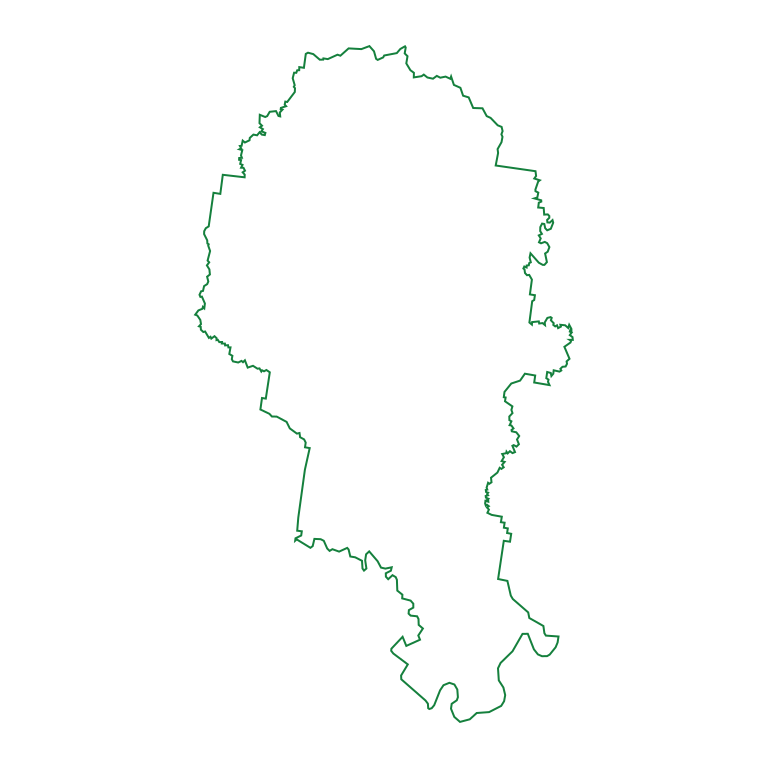 Lismore, New South Wales, Australia
{"feature_id": "25037944B52457612567816", "entity_name": "Lismore", "entity_type": "district", "adm_level": 2, "iso_a3": "AUS", "parent_name": "Australia", "parent_adm1": "New South Wales", "projection": "natural_earth1", "projection_center": [153.257, -28.794], "detail": "fine", "context": "isolated", "style": "outline", "palette": "green", "viewbox_px": 768, "rotation_deg": 0, "n_neighbors": 0, "source": "geoboundaries", "source_scale": "gbopen_adm2", "svg_char_len": 6076}
<svg xmlns="http://www.w3.org/2000/svg" viewBox="0 0 768 768"><path d="M572.5,337.1L569.8,335.1L571.7,332.5L569.8,331.6L570.4,329.7L571.4,330.7L571.4,328.9L569.2,324.8L568.2,328.0L565.2,325.3L560.4,324.8L560.9,326.6L558.1,328.1L557.0,325.3L555.2,326.4L553.3,324.9L553.7,323.2L550.9,320.3L551.7,317.9L550.6,317.1L547.4,317.9L544.7,322.5L545.0,325.1L542.5,323.1L539.2,323.5L538.8,321.4L532.1,322.1L531.9,324.6L529.4,322.5L532.2,301.2L534.2,300.0L534.9,295.2L529.9,294.4L531.9,279.6L529.2,274.9L527.0,275.2L525.0,273.0L524.5,269.4L523.4,268.5L524.3,266.5L526.6,267.5L526.7,265.5L528.8,265.3L529.2,263.1L530.8,262.3L529.6,257.6L530.5,253.3L538.8,262.7L542.8,264.9L544.4,264.9L546.9,262.1L545.1,253.5L547.7,251.7L549.4,247.1L547.2,243.2L544.8,241.9L541.0,243.3L539.0,242.3L540.7,238.4L538.8,235.4L541.9,233.9L540.2,231.1L540.3,227.1L542.1,223.6L544.3,224.0L545.2,228.2L547.2,230.3L550.8,228.8L553.2,222.7L552.5,220.1L549.8,222.6L547.4,222.4L547.1,220.0L549.3,217.8L549.3,216.0L547.8,214.4L544.2,214.6L543.7,208.0L538.2,207.5L538.8,202.7L541.3,201.6L541.2,200.3L534.4,198.4L537.3,197.5L538.3,192.6L535.5,191.2L535.4,189.6L538.2,181.5L539.8,180.3L534.3,178.5L536.1,176.0L535.5,171.2L495.7,165.5L498.1,153.0L497.6,149.1L501.5,142.2L502.5,136.8L501.4,134.3L502.6,131.1L501.6,126.9L497.7,125.3L490.6,117.9L486.7,116.1L482.5,108.3L473.2,108.0L468.7,97.4L463.1,95.7L460.4,87.8L453.9,84.9L451.1,76.5L450.3,78.8L445.6,76.6L440.3,77.7L436.8,75.9L433.0,78.7L427.4,77.5L423.8,74.6L421.6,76.2L413.8,77.4L413.9,72.8L410.4,70.2L406.3,63.4L407.5,56.2L404.7,53.4L405.7,47.5L405.0,46.3L400.3,49.0L396.8,53.1L384.2,55.5L383.2,57.4L377.7,59.9L376.1,58.8L374.0,51.3L369.4,46.1L361.4,49.1L348.6,48.4L340.4,55.7L337.5,54.7L327.8,59.1L323.4,58.4L323.2,59.6L319.8,59.7L313.3,54.1L308.0,52.7L305.8,53.9L303.9,67.8L299.3,67.1L299.2,70.2L297.2,70.3L296.3,72.8L294.1,72.7L292.7,78.2L294.7,85.2L293.8,86.8L295.0,88.2L294.8,92.0L287.2,102.0L285.3,101.6L284.7,104.6L286.1,106.2L280.9,107.9L280.7,109.3L282.4,109.7L279.8,112.5L280.2,116.4L278.5,116.0L276.0,111.1L269.7,111.8L267.2,116.1L265.2,117.0L259.8,114.8L259.5,123.2L262.0,125.7L259.9,127.3L262.9,129.1L261.4,131.3L265.4,132.9L264.8,135.1L261.8,134.6L259.6,132.2L257.1,135.3L253.4,134.6L249.8,137.9L249.5,140.3L244.9,142.5L242.7,140.6L241.6,145.8L239.9,146.0L241.2,148.4L239.4,149.3L242.3,150.1L241.0,155.4L241.9,157.8L239.2,158.0L239.1,159.8L241.1,160.1L240.2,163.9L242.5,164.9L241.1,167.7L243.5,167.8L245.0,170.7L242.7,172.3L244.7,174.6L244.6,177.3L222.8,174.8L220.3,193.9L213.5,192.8L208.7,226.4L205.8,228.2L204.2,231.2L204.1,234.1L207.2,240.3L207.4,243.5L208.7,244.3L208.2,245.6L210.1,251.0L207.6,260.6L209.2,262.3L206.9,265.4L209.4,269.4L209.9,274.5L207.1,276.7L208.3,281.5L207.2,284.1L204.1,286.1L203.0,290.9L201.1,291.3L199.5,294.8L200.4,296.9L201.9,296.6L204.9,303.5L204.3,308.3L202.9,306.9L202.4,308.8L198.4,310.4L195.2,314.7L197.3,315.5L200.3,319.9L201.0,324.1L199.0,326.3L200.7,326.8L200.9,329.7L203.3,332.0L205.1,331.5L208.9,337.9L210.5,336.8L211.3,338.6L214.5,336.2L216.6,338.2L216.5,340.1L217.8,339.8L219.3,342.1L222.0,342.0L221.8,343.5L224.9,343.6L225.1,345.4L228.0,345.2L228.4,347.4L230.5,347.4L229.3,354.0L232.4,355.8L231.8,359.2L233.0,361.4L238.2,362.5L241.5,360.9L243.0,362.2L244.9,360.3L247.7,367.6L253.0,365.8L257.5,368.7L259.5,368.4L261.3,371.5L262.1,370.3L264.0,371.3L266.4,370.0L269.8,372.3L265.8,398.6L262.0,398.0L260.4,409.5L269.4,413.8L271.9,416.5L276.7,416.6L286.6,421.9L289.8,428.4L296.9,433.6L299.5,433.0L300.1,437.2L304.1,439.4L305.7,442.6L305.0,447.3L309.7,448.1L304.9,469.7L298.3,517.5L297.2,530.7L301.8,531.3L301.2,535.5L295.5,538.3L295.2,540.7L296.7,539.4L310.4,547.8L312.7,546.1L314.4,538.9L320.7,539.2L323.8,540.8L327.2,548.5L329.6,550.9L332.4,549.2L339.1,551.6L347.2,547.9L348.6,549.5L350.3,556.5L355.2,557.3L362.0,560.8L362.5,568.5L364.0,570.6L366.4,568.5L365.2,560.3L366.1,554.3L369.2,551.4L377.6,561.2L381.0,567.6L385.4,568.6L391.7,567.3L390.9,570.7L385.8,573.3L385.9,576.7L388.2,579.2L392.5,575.2L395.7,577.1L396.9,579.8L397.3,590.6L402.4,594.7L402.2,598.4L410.6,600.6L413.3,603.7L413.3,607.6L408.9,610.1L408.6,613.6L410.6,615.6L417.1,616.3L418.5,619.0L418.7,624.9L422.9,628.5L418.3,635.5L420.0,639.7L406.3,645.9L402.6,636.8L391.4,648.7L391.2,650.8L393.3,653.5L407.8,664.4L401.1,675.5L401.3,679.3L425.5,700.5L427.9,703.7L428.2,708.2L429.3,709.0L431.7,708.2L434.2,705.2L440.1,690.3L443.5,685.2L449.4,682.8L454.4,684.5L457.3,689.5L457.9,697.2L456.8,700.3L451.7,703.8L451.0,708.7L454.3,716.9L460.0,721.9L469.8,719.3L476.7,713.0L489.1,712.1L501.2,705.9L504.1,701.2L505.2,695.1L503.4,687.5L498.8,680.4L498.0,668.3L500.6,662.9L512.5,651.3L522.5,633.9L527.8,633.8L533.9,649.3L537.9,654.4L542.0,656.2L547.1,656.1L549.7,654.6L555.6,647.3L557.6,642.5L558.5,636.5L545.9,635.6L544.4,633.2L543.4,626.0L529.3,618.0L528.2,612.4L512.8,599.0L510.8,595.6L507.4,580.9L498.1,579.0L503.8,540.8L510.0,541.7L511.2,533.8L507.1,533.0L507.8,528.4L503.9,527.7L504.6,522.7L500.9,522.2L501.8,516.7L491.7,514.9L487.4,512.8L488.9,509.6L487.0,507.5L488.8,506.2L487.0,504.8L485.8,505.6L485.1,503.4L485.5,500.8L488.3,501.7L488.2,500.4L486.6,500.2L488.4,498.8L485.9,497.6L485.7,496.0L488.0,495.3L487.1,494.1L488.1,492.7L486.1,492.0L485.8,490.0L487.3,489.6L486.6,487.7L488.1,482.8L489.3,483.8L491.5,482.3L491.0,477.7L497.4,472.6L499.7,467.8L501.4,468.9L503.7,467.3L502.1,464.8L504.6,461.9L501.6,461.1L503.9,457.2L502.2,454.0L506.2,453.2L506.5,451.7L507.7,453.4L509.9,451.2L512.5,453.1L515.0,452.1L512.4,445.8L513.7,445.1L516.5,446.6L518.9,444.2L517.0,439.5L519.2,436.0L516.3,432.3L511.8,431.3L511.5,430.0L513.5,428.4L511.4,425.5L509.6,425.2L511.4,421.3L509.4,420.2L509.3,416.5L512.5,413.1L511.4,409.9L512.4,406.4L505.0,401.3L505.6,397.5L503.8,397.2L504.5,391.9L511.3,383.5L520.1,380.6L524.9,373.7L535.2,375.5L534.2,382.5L549.5,385.1L548.0,381.8L548.5,379.6L546.3,378.2L547.2,372.0L550.8,373.0L551.4,376.0L553.3,373.7L553.7,370.3L559.5,371.6L561.3,370.5L560.4,368.8L562.5,366.8L565.6,366.5L567.0,363.8L566.6,361.4L569.5,358.8L564.4,346.8L570.5,342.5L571.1,340.8L569.7,339.9L572.8,339.9L572.5,337.1Z" fill="none" stroke="#15803d" stroke-width="2"/></svg>